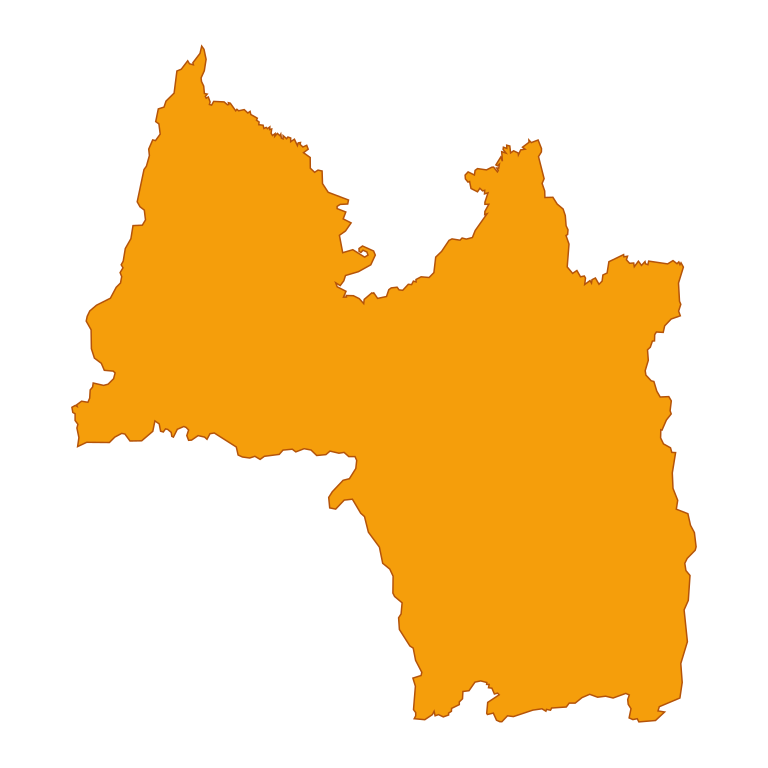 Kanbalu, Sagaing, Myanmar (Natural Earth projection)
{"feature_id": "60261553B80816237630627", "entity_name": "Kanbalu", "entity_type": "district", "adm_level": 2, "iso_a3": "MMR", "parent_name": "Myanmar", "parent_adm1": "Sagaing", "projection": "natural_earth1", "projection_center": [95.451, 23.357], "detail": "fine", "context": "isolated", "style": "filled", "palette": "amber", "viewbox_px": 768, "rotation_deg": 0, "n_neighbors": 0, "source": "geoboundaries", "source_scale": "gbopen_adm2", "svg_char_len": 6087}
<svg xmlns="http://www.w3.org/2000/svg" viewBox="0 0 768 768"><path d="M678.5,283.0L683.4,267.1L681.0,262.8L680.0,264.6L678.8,261.9L677.0,263.7L673.0,260.6L667.6,263.9L648.7,261.1L647.9,264.7L645.5,263.8L645.0,261.6L641.5,265.4L638.4,261.2L634.3,266.7L633.7,263.0L629.6,263.3L626.4,259.8L627.5,256.2L623.9,256.8L623.6,254.6L608.9,261.7L607.1,273.0L602.9,275.0L602.1,281.1L599.0,284.3L595.4,278.0L592.0,279.7L591.5,283.1L590.0,280.6L584.7,284.5L585.5,278.1L584.3,276.0L580.5,276.8L576.9,270.5L572.6,273.4L567.2,266.9L569.0,244.1L566.0,235.5L567.6,234.5L568.0,229.8L566.1,225.8L565.3,215.6L563.1,209.0L557.2,204.1L552.9,197.3L544.9,197.5L544.7,191.0L542.1,183.4L544.1,178.7L538.5,156.6L541.4,151.9L541.5,148.6L538.1,140.0L531.3,142.6L528.9,140.0L529.0,142.3L522.5,147.2L525.1,149.2L520.7,149.9L518.4,154.8L518.2,153.0L513.6,150.8L510.6,152.9L509.8,146.0L506.7,145.2L506.8,148.4L503.4,147.2L503.1,149.4L506.0,153.1L501.7,151.7L502.4,161.2L500.7,157.1L495.9,164.9L497.4,165.8L499.4,164.1L498.7,168.1L496.7,168.0L498.3,170.4L497.4,171.9L493.6,167.1L491.8,167.2L486.5,169.9L477.5,168.6L475.1,170.4L474.4,175.0L468.1,171.9L465.1,175.1L465.4,178.9L468.0,182.1L469.6,181.5L471.0,188.5L477.5,191.8L479.9,188.3L482.6,190.9L484.7,190.3L484.5,193.9L488.0,192.8L484.9,202.2L484.9,204.3L488.8,204.3L484.9,211.4L484.7,214.6L487.0,213.8L475.2,230.5L472.4,237.5L466.3,239.1L462.1,238.0L460.0,240.2L452.0,238.9L449.0,240.4L441.6,251.4L435.7,257.1L433.9,272.6L429.1,277.5L421.1,276.8L416.0,279.5L416.1,281.9L413.4,281.1L411.6,284.6L408.3,284.3L402.7,290.3L399.1,289.9L397.1,287.2L391.2,287.9L388.8,289.7L386.5,296.5L377.6,298.4L373.4,292.3L373.7,293.5L371.8,292.9L364.2,299.4L363.7,303.6L359.2,298.6L353.4,295.7L346.3,295.5L346.5,297.0L343.5,297.1L346.0,291.3L337.2,286.8L335.7,282.8L340.2,285.6L343.8,280.8L345.5,275.5L358.4,271.7L370.8,264.8L375.3,255.1L373.6,251.0L362.5,246.0L359.0,248.5L359.1,251.4L361.0,252.4L363.0,250.2L366.9,252.0L368.0,255.1L364.6,257.1L352.8,249.7L342.7,252.7L339.4,235.3L345.5,231.0L351.1,222.9L343.2,218.9L345.8,212.0L337.1,208.6L337.1,206.4L340.2,204.4L347.7,204.0L348.5,200.0L328.2,192.3L322.5,183.6L322.1,171.0L318.0,170.1L314.6,172.3L310.3,168.2L310.2,157.5L303.5,152.7L308.2,149.2L306.7,145.3L302.9,147.0L300.1,144.4L300.5,142.5L298.2,142.9L297.4,145.6L294.4,139.2L290.7,141.7L290.7,138.0L287.9,137.0L286.6,138.7L283.1,135.6L283.1,138.9L281.4,138.2L280.8,134.1L280.0,135.7L277.3,133.4L274.8,136.3L275.1,133.6L272.5,135.5L271.1,133.2L271.7,129.0L269.7,129.6L269.8,126.9L267.5,128.7L266.2,127.4L263.9,128.5L263.1,125.2L258.8,124.7L259.1,122.0L256.5,120.2L257.3,118.2L250.8,114.5L250.1,111.4L247.8,113.0L244.2,109.6L238.6,110.8L236.9,109.3L235.7,110.8L230.3,103.2L228.4,102.7L228.8,104.5L227.5,104.8L224.1,101.9L213.7,101.4L211.6,105.1L209.4,104.5L210.1,102.0L208.3,97.0L206.2,98.2L205.3,96.4L207.2,94.1L204.4,93.5L203.7,86.1L201.5,81.5L201.1,77.9L204.3,70.8L206.1,59.3L204.0,49.3L201.7,46.1L200.0,53.4L192.9,62.7L193.4,64.8L189.5,63.8L187.7,60.8L181.3,69.2L176.9,71.0L174.1,93.1L166.0,101.1L164.0,107.1L158.3,108.9L155.7,121.6L158.9,123.9L160.2,134.1L155.5,140.6L152.7,139.9L148.7,149.1L149.4,155.6L146.4,166.2L144.0,169.5L137.2,201.8L140.0,206.8L144.3,210.1L145.5,219.9L142.3,225.2L133.0,225.6L130.9,238.7L125.3,248.5L123.2,261.2L121.2,264.8L123.0,267.8L120.1,272.6L121.7,276.6L120.5,283.0L116.2,287.3L110.4,298.2L96.5,305.2L89.8,310.9L87.2,316.3L86.2,321.1L91.1,329.8L91.4,348.7L94.4,358.1L101.3,363.3L104.3,370.3L113.2,371.1L115.1,372.9L113.6,378.7L108.1,384.2L103.6,385.4L93.2,383.0L92.6,387.0L90.2,389.9L89.7,398.1L87.9,402.3L81.6,401.2L76.7,404.8L77.2,406.5L75.3,405.4L71.9,407.3L72.8,412.4L75.1,413.8L75.1,420.5L77.9,424.3L76.9,428.0L78.9,437.6L77.6,446.6L86.7,442.3L109.4,442.5L114.8,437.1L121.7,433.4L124.9,434.0L130.0,441.0L141.7,440.8L152.8,431.3L154.9,420.9L159.2,423.9L160.6,431.2L163.3,432.0L165.5,428.9L167.7,429.4L171.2,432.4L171.8,436.3L173.4,437.1L177.3,429.3L183.8,426.5L186.1,427.4L188.6,430.0L186.8,435.6L188.6,440.3L191.6,440.1L198.1,435.6L204.6,437.1L207.0,439.3L210.0,433.7L214.3,433.0L236.3,447.0L238.1,455.0L242.4,457.0L249.7,458.0L254.9,456.3L260.1,459.4L264.4,456.3L279.2,454.4L283.0,450.1L292.3,449.2L295.8,451.9L304.1,448.7L311.0,450.0L316.7,455.5L325.9,454.6L330.0,451.1L338.9,453.2L344.1,452.4L348.8,456.6L355.0,456.6L356.7,460.4L355.8,468.5L349.4,478.7L343.1,480.3L332.4,491.6L328.7,497.4L329.7,507.9L335.7,509.1L344.2,500.1L352.4,499.2L360.7,513.2L364.5,516.6L368.4,532.2L379.4,547.1L382.7,563.3L389.8,569.1L393.1,576.2L392.9,593.1L394.6,596.5L402.1,602.8L401.1,613.9L398.6,617.8L399.4,629.5L409.9,646.0L413.2,648.1L415.6,660.4L421.8,672.3L421.1,675.5L412.9,678.1L415.4,686.2L413.5,709.6L415.7,712.6L415.7,715.9L414.2,718.7L424.8,719.7L432.4,714.6L434.1,711.3L435.1,715.8L438.5,714.6L443.3,716.9L448.6,715.0L448.6,713.1L451.4,711.3L451.6,708.4L459.3,704.6L459.3,701.9L462.5,698.8L462.9,691.5L469.0,690.7L475.0,682.1L480.7,680.9L486.8,682.5L486.6,684.4L489.1,684.5L488.5,687.7L491.9,688.2L494.4,694.0L497.6,693.1L499.2,694.8L487.7,702.4L486.7,713.3L487.4,714.5L493.3,713.1L496.5,720.2L499.8,721.7L501.9,721.7L507.5,715.8L513.4,716.6L532.9,710.1L542.0,708.8L545.9,711.2L546.5,709.4L550.5,710.2L551.7,708.0L566.3,707.0L569.2,703.1L575.2,703.1L582.0,697.6L589.7,694.3L597.6,697.2L605.6,696.2L613.1,698.0L625.8,693.4L629.3,695.0L627.7,699.5L628.2,704.3L631.0,708.7L629.1,717.9L632.9,719.6L637.2,718.7L638.9,721.9L655.5,720.5L664.6,712.0L658.0,710.9L659.3,706.7L679.9,698.0L682.2,682.4L680.8,663.5L687.4,641.7L684.1,609.9L688.3,600.4L690.0,575.5L685.9,570.5L684.8,563.3L687.2,558.4L695.2,550.2L696.1,546.8L694.4,532.6L690.5,525.3L687.9,513.7L676.3,509.2L677.7,500.3L673.0,488.4L672.3,472.9L675.6,452.6L671.8,452.4L670.5,447.8L663.5,443.9L660.6,437.9L660.8,429.7L662.0,430.1L666.4,420.0L671.2,413.9L670.1,410.7L671.3,400.9L668.8,396.6L660.2,397.0L656.8,391.2L653.9,381.5L651.2,380.8L645.9,375.1L645.2,370.7L648.3,360.3L647.5,349.8L650.3,347.2L652.4,341.1L654.5,340.9L654.7,334.7L656.4,332.0L663.2,332.4L664.7,325.8L671.2,319.0L680.3,315.8L678.6,311.1L680.8,304.3L679.5,301.3L678.5,283.0Z" fill="#f59e0b" stroke="#b45309" stroke-width="1.5"/></svg>